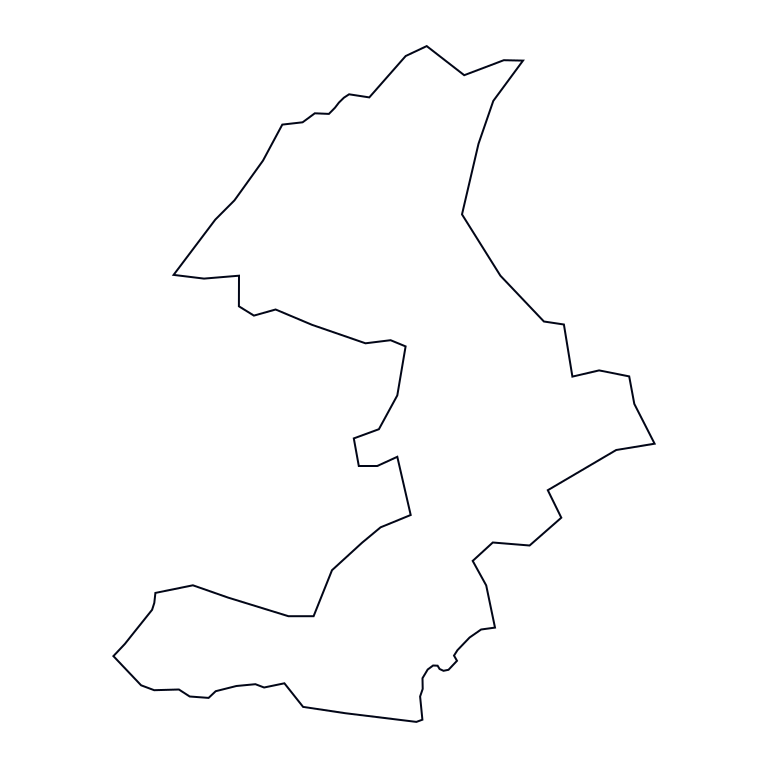 map outline of Balvu (Albers equal-area conic projection)
{"feature_id": "LVA-1063", "entity_name": "Balvu", "entity_type": "Municipality", "adm_level": 1, "iso_a3": "LVA", "parent_name": "Latvia", "parent_adm1": "", "projection": "albers", "projection_center": [27.276, 57.034], "detail": "fine", "context": "isolated", "style": "outline", "palette": "ink", "viewbox_px": 768, "rotation_deg": 0, "n_neighbors": 0, "source": "natural_earth", "source_scale": "10m", "svg_char_len": 1258}
<svg xmlns="http://www.w3.org/2000/svg" viewBox="0 0 768 768"><path d="M426.7,46.1L464.2,75.2L503.8,60.2L523.0,60.6L493.3,100.9L478.5,143.8L462.0,214.4L500.4,275.7L543.9,321.5L563.9,324.5L572.4,376.6L599.1,370.4L629.2,376.4L634.3,403.9L654.6,443.7L616.2,450.0L547.8,490.2L561.3,517.7L529.6,545.5L492.8,542.5L472.7,560.9L486.2,585.4L495.0,627.6L481.1,629.5L469.6,637.5L457.5,650.1L454.0,655.6L457.0,660.8L448.5,669.8L443.5,670.8L439.6,669.0L437.6,665.7L433.1,665.5L427.7,669.5L422.5,678.2L422.7,688.9L420.1,696.5L422.4,719.7L416.4,721.9L345.2,713.2L303.1,706.9L284.4,683.3L264.1,687.5L255.4,684.2L236.4,686.0L215.7,691.2L208.6,697.9L189.7,696.5L178.9,689.5L154.2,690.2L141.1,685.3L113.4,656.1L124.9,643.9L131.8,635.2L152.1,609.8L154.3,602.9L155.4,592.9L192.9,585.3L228.1,597.6L288.4,616.2L313.6,616.2L332.0,570.2L362.2,542.6L380.6,527.3L410.7,515.0L397.3,456.8L377.2,466.0L358.8,466.0L353.8,438.4L378.9,429.2L397.3,395.4L405.6,346.4L390.6,340.2L365.5,343.3L312.2,324.9L275.6,309.5L253.9,315.6L238.9,306.3L239.0,275.7L204.0,278.6L173.6,274.9L215.3,219.6L234.5,200.3L263.0,160.6L282.3,124.6L302.6,122.3L314.8,113.3L328.9,113.9L335.0,107.7L338.9,102.6L343.9,97.7L349.1,94.3L369.3,97.4L405.7,56.0L426.7,46.1Z" fill="none" stroke="#020617" stroke-width="2"/></svg>